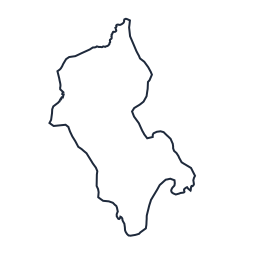 outline of Al Haymah Al Kharijiyah, Sana'a, Yemen, rotated 144°
{"feature_id": "15242507B8947662040309", "entity_name": "Al Haymah Al Kharijiyah", "entity_type": "district", "adm_level": 2, "iso_a3": "YEM", "parent_name": "Yemen", "parent_adm1": "Sana'a", "projection": "mercator", "projection_center": [43.852, 15.031], "detail": "fine", "context": "isolated", "style": "outline", "palette": "slate", "viewbox_px": 256, "rotation_deg": 144, "n_neighbors": 0, "source": "geoboundaries", "source_scale": "gbopen_adm2", "svg_char_len": 4152}
<svg xmlns="http://www.w3.org/2000/svg" viewBox="0 0 256 256"><g transform="rotate(144 128 128)"><path d="M151.7,215.4L154.6,208.3L155.2,207.1L156.5,204.1L157.4,202.4L158.5,201.1L159.2,200.5L160.1,199.1L159.3,195.0L160.3,194.9L161.3,194.1L161.1,193.4L160.4,192.9L161.7,191.9L162.8,191.0L163.6,191.8L164.6,191.4L164.8,190.8L165.6,190.5L165.9,190.9L166.1,190.8L166.6,190.6L167.1,190.4L167.6,189.8L167.9,189.7L168.7,189.8L169.7,189.5L171.2,189.5L174.8,189.4L175.7,189.4L178.3,187.7L180.8,184.6L185.4,179.8L188.6,178.2L187.0,173.4L186.9,173.3L182.6,170.8L179.0,168.7L176.6,167.3L175.6,163.9L175.7,163.7L177.0,159.2L178.0,153.9L178.4,148.2L179.3,142.0L178.6,140.1L177.9,138.2L177.3,135.5L176.4,132.0L177.1,122.4L177.3,120.1L177.3,116.1L177.3,114.8L177.7,113.1L178.2,111.1L180.6,108.6L187.4,99.6L187.5,99.3L188.1,96.2L189.5,93.3L192.8,89.5L192.8,89.4L192.1,87.2L191.0,83.9L190.9,83.7L186.6,79.9L184.2,76.4L184.0,75.1L183.9,74.5L183.8,73.6L183.5,72.7L183.3,71.8L183.7,70.2L184.1,69.3L185.4,66.4L185.5,66.4L187.2,65.3L187.9,64.8L189.0,63.2L189.0,62.9L189.1,62.2L189.2,60.2L188.7,59.6L188.2,59.6L187.3,59.9L186.3,60.7L185.8,59.7L185.8,58.2L186.7,56.5L186.8,56.0L187.1,53.9L187.2,52.7L187.8,51.6L188.9,49.5L189.5,48.6L190.3,47.3L190.6,46.7L191.0,45.0L191.1,42.7L190.8,41.1L190.7,40.7L189.9,40.0L189.3,39.4L184.9,37.2L183.0,36.5L181.2,35.9L179.4,36.3L179.2,36.3L178.9,36.3L172.6,36.3L172.4,36.5L171.8,37.1L170.2,38.7L168.8,40.4L168.6,40.7L166.3,43.5L165.2,45.0L164.2,46.2L163.4,46.9L160.9,49.0L159.1,50.5L157.6,51.8L156.0,53.1L152.7,55.5L151.7,56.3L150.0,57.0L147.7,58.0L145.8,58.8L143.2,59.9L143.0,60.0L140.8,60.9L135.9,63.2L134.2,63.4L133.8,63.4L130.3,63.8L127.9,64.0L127.6,63.9L126.4,63.3L123.6,62.1L121.1,58.4L121.6,57.5L122.7,55.7L124.2,54.2L124.5,54.1L125.0,54.0L127.2,53.6L128.6,52.9L128.9,52.8L130.0,51.8L130.4,50.2L130.3,49.9L129.8,48.4L128.4,46.1L127.3,45.7L125.7,45.1L125.2,44.9L124.3,44.7L123.6,44.5L121.6,43.4L121.2,43.2L120.4,43.0L119.8,43.2L119.3,44.6L118.7,45.4L117.3,45.6L116.1,45.6L115.4,45.5L115.0,45.4L115.0,43.7L114.6,42.1L114.2,40.6L113.9,40.8L113.6,41.0L112.9,41.9L111.5,43.3L111.1,43.3L110.6,43.7L109.9,43.0L109.0,43.2L108.0,43.5L107.5,44.1L106.7,45.7L105.9,47.3L103.9,48.9L102.7,49.5L101.9,49.9L100.5,58.6L101.0,59.8L104.0,66.8L104.6,68.4L104.8,68.7L104.2,73.1L104.2,73.4L103.8,75.2L103.7,75.6L103.5,79.2L104.2,82.4L103.4,85.1L102.3,86.6L101.2,88.7L101.1,88.8L99.9,94.3L100.1,95.2L100.6,98.1L100.7,98.3L101.3,101.8L101.6,103.7L103.6,106.2L106.9,108.0L110.4,108.7L111.9,108.0L113.3,106.2L118.5,108.4L118.6,113.6L118.5,113.8L118.3,115.4L118.1,117.3L117.8,118.8L117.1,122.3L117.0,122.6L116.9,123.2L116.4,125.5L116.4,133.7L115.6,136.7L115.0,139.0L112.0,140.2L111.3,140.5L108.6,140.3L105.1,140.0L103.9,140.0L101.3,140.1L99.9,140.2L94.3,142.8L90.8,146.4L89.1,148.1L84.8,153.5L82.5,154.0L80.5,155.2L77.3,157.1L76.6,160.0L75.9,165.3L75.9,168.9L75.9,172.0L77.4,177.2L76.7,180.1L76.5,181.9L76.0,185.3L74.4,192.2L72.4,201.0L68.0,208.7L66.3,210.5L63.2,213.9L64.6,216.4L65.5,217.6L66.6,217.9L67.1,218.0L67.5,217.7L68.0,217.3L68.4,216.6L68.9,216.2L69.7,215.8L70.3,215.7L70.9,215.7L71.6,215.7L71.9,215.7L72.2,215.7L73.0,215.9L73.9,216.1L74.4,216.6L74.8,216.9L75.1,217.4L75.5,217.7L76.1,218.0L76.9,218.0L77.5,217.6L77.6,216.9L78.5,216.4L79.3,216.5L80.1,213.9L80.5,213.5L81.1,213.4L81.8,213.4L82.3,213.6L82.9,214.1L83.3,214.5L83.7,214.5L84.5,213.9L84.9,213.9L85.6,213.3L85.8,213.3L86.2,213.3L86.4,213.2L86.5,212.7L87.6,211.9L87.6,211.3L88.0,210.9L88.4,210.3L88.9,210.0L89.4,210.0L90.3,210.0L90.8,209.9L91.2,209.5L91.4,208.9L91.9,208.0L92.2,207.8L92.8,207.7L93.4,207.3L93.6,206.9L94.3,206.6L94.9,206.5L95.4,206.4L96.1,206.4L96.7,206.5L97.5,206.9L98.1,207.0L98.6,207.0L99.0,207.4L99.3,207.7L99.7,208.2L100.2,208.6L100.6,208.6L101.3,208.6L101.8,208.9L102.2,209.3L102.5,209.6L103.0,210.1L103.4,210.3L103.9,210.6L104.3,211.1L104.8,211.8L105.2,212.3L105.8,212.4L106.3,212.3L107.2,212.6L107.8,212.9L107.9,213.0L108.3,213.3L108.9,213.6L109.1,213.8L112.8,214.0L121.5,215.8L123.0,216.1L123.7,216.2L128.4,217.1L133.9,220.0L137.6,220.1L140.7,218.8L143.0,217.8L144.9,216.7L147.3,215.7L148.8,215.4L151.7,215.4Z" fill="none" stroke="#1e293b" stroke-width="2"/></g></svg>